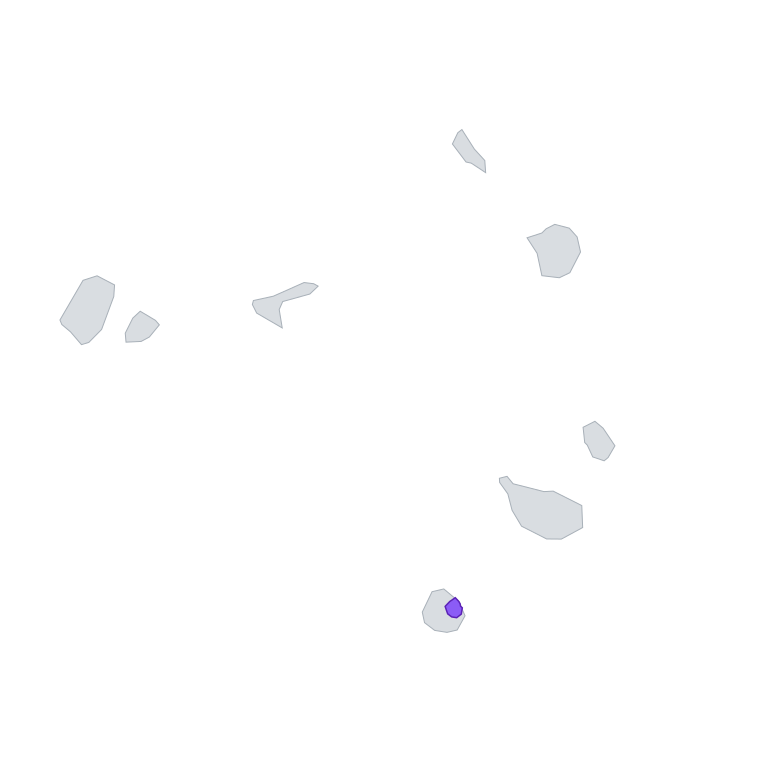 where Santa Catarina do Fogo sits in Cabo Verde, rotated 328°
{"feature_id": "CPV-5044", "entity_name": "Santa Catarina do Fogo", "entity_type": "state/province", "adm_level": 1, "iso_a3": "CPV", "parent_name": "Cabo Verde", "parent_adm1": "", "projection": "robinson", "projection_center": [-24.332, 14.912], "detail": "fine", "context": "in_parent", "style": "filled", "palette": "violet", "viewbox_px": 768, "rotation_deg": 328, "n_neighbors": 0, "source": "natural_earth", "source_scale": "10m", "svg_char_len": 1440}
<svg xmlns="http://www.w3.org/2000/svg" viewBox="0 0 768 768"><g transform="rotate(328 384 384)"><path d="M487.3,591.9L476.4,611.0L452.2,609.5L439.8,601.6L425.3,577.5L425.7,559.0L430.8,542.8L429.9,528.8L431.9,525.1L439.4,527.5L440.6,537.0L462.6,560.0L470.7,564.5L487.3,591.9ZM173.4,188.1L155.7,192.3L148.3,190.3L145.8,173.7L142.3,162.8L143.1,158.0L183.7,136.6L198.0,140.2L208.0,157.2L201.2,166.6L173.4,188.1ZM582.8,335.8L597.9,339.6L603.7,338.3L613.4,339.1L623.7,350.0L625.7,361.6L620.6,376.2L600.6,388.1L589.0,386.8L575.3,375.8L583.1,354.3L582.8,335.8ZM329.9,623.5L315.7,631.4L305.8,628.0L296.4,619.8L291.9,607.9L295.6,597.7L314.7,585.6L326.1,589.5L332.2,608.2L329.9,623.5ZM370.0,255.6L377.5,261.7L380.0,266.1L368.8,268.4L341.8,260.4L334.6,265.3L327.4,282.5L313.6,256.4L314.5,246.8L317.5,244.0L336.7,250.9L370.0,255.6ZM535.1,565.1L530.0,565.8L522.4,556.5L524.0,543.5L523.2,540.0L529.9,526.2L543.1,527.4L546.4,537.6L547.1,558.8L535.1,565.1ZM224.8,214.8L209.9,219.8L200.6,219.2L187.4,211.8L191.5,203.8L205.9,195.0L215.8,193.1L223.9,208.9L224.8,214.8ZM587.9,247.9L582.2,258.6L575.0,242.9L571.2,239.2L569.2,216.7L579.8,210.0L584.9,209.5L585.1,232.7L587.9,247.9Z" fill="#d9dde1" stroke="#a8b0b8" stroke-width="1"/><path d="M331.2,603.0L332.2,608.0L332.1,610.7L331.2,613.0L331.8,615.3L327.6,620.1L321.8,620.7L318.0,617.4L316.2,612.7L317.1,608.7L318.0,605.0L324.5,603.3L331.2,603.0Z" fill="#8b5cf6" stroke="#5b21b6" stroke-width="1.5"/></g></svg>